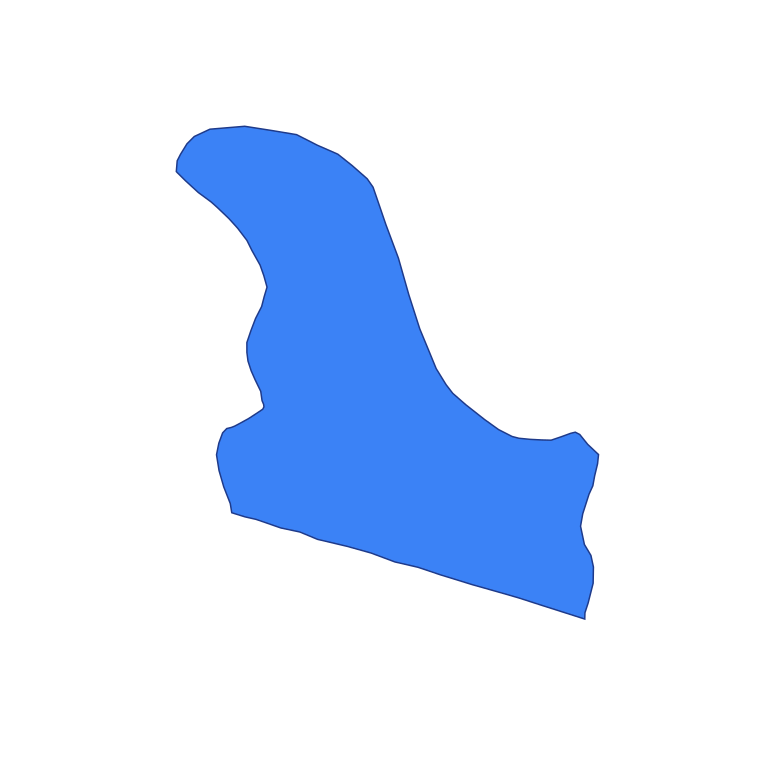 the district of Al-Faw, Al-Basrah, Iraq, rotated 207°
{"feature_id": "34846034B64994125853328", "entity_name": "Al-Faw", "entity_type": "district", "adm_level": 2, "iso_a3": "IRQ", "parent_name": "Iraq", "parent_adm1": "Al-Basrah", "projection": "albers", "projection_center": [48.282, 30.044], "detail": "fine", "context": "isolated", "style": "filled", "palette": "blue", "viewbox_px": 768, "rotation_deg": 207, "n_neighbors": 0, "source": "geoboundaries", "source_scale": "gbopen_adm2", "svg_char_len": 1453}
<svg xmlns="http://www.w3.org/2000/svg" viewBox="0 0 768 768"><g transform="rotate(207 384 384)"><path d="M98.4,265.7L101.1,271.4L102.7,281.6L107.2,301.4L114.3,316.0L121.8,325.2L132.6,332.0L144.3,346.5L148.0,358.6L151.3,378.9L151.7,388.1L154.6,397.8L157.5,409.9L160.8,418.5L175.1,422.7L186.7,427.9L191.7,427.9L195.3,424.8L202.0,417.6L209.6,409.8L218.2,405.7L228.5,401.1L239.2,396.9L246.0,395.4L261.2,395.4L278.2,398.0L301.9,402.7L318.5,406.9L328.4,411.6L344.5,421.4L358.0,433.0L377.2,449.4L402.3,474.7L428.3,502.7L454.8,527.0L474.5,546.1L483.1,554.4L492.1,559.2L511.3,564.1L529.4,567.8L551.7,566.5L575.1,566.5L598.5,559.1L625.1,550.4L654.8,532.0L665.4,518.4L668.6,508.6L669.6,496.3L669.6,489.0L665.5,479.0L664.2,478.5L652.9,474.9L636.3,470.3L620.6,467.7L613.0,465.7L597.3,461.0L585.2,456.4L571.3,449.7L562.3,443.0L548.4,433.7L542.2,427.8L540.3,426.0L532.2,417.2L530.4,407.4L528.2,397.5L528.2,384.1L526.8,371.1L525.0,358.7L520.5,349.9L515.6,342.7L508.4,335.5L500.8,329.3L490.5,321.5L485.1,313.8L482.0,311.2L480.6,309.1L480.6,306.5L484.6,299.3L489.1,291.5L495.8,281.7L498.0,278.6L500.3,276.0L503.9,272.9L505.6,267.2L504.3,256.3L501.1,244.9L491.7,232.0L480.1,219.6L466.7,207.7L461.8,201.0L461.2,200.2L456.3,201.0L447.6,202.5L436.5,205.3L410.5,208.9L391.9,213.9L372.7,215.4L343.6,222.5L318.9,227.5L293.5,230.4L270.6,236.1L247.0,239.6L214.2,245.3L189.5,250.2L167.2,254.5L141.1,258.7L98.4,265.7Z" fill="#3b82f6" stroke="#1e3a8a" stroke-width="1.5"/></g></svg>